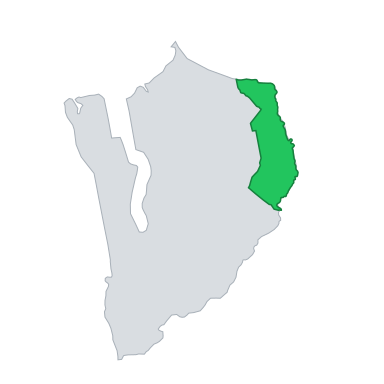 Saint-Louis highlighted on a map of Senegal, rotated 79°
{"feature_id": "SEN-5517", "entity_name": "Saint-Louis", "entity_type": "Region", "adm_level": 1, "iso_a3": "SEN", "parent_name": "Senegal", "parent_adm1": "", "projection": "albers", "projection_center": [-15.156, 16.165], "detail": "fine", "context": "in_parent", "style": "filled", "palette": "green", "viewbox_px": 384, "rotation_deg": 79, "n_neighbors": 0, "source": "natural_earth", "source_scale": "10m", "svg_char_len": 5904}
<svg xmlns="http://www.w3.org/2000/svg" viewBox="0 0 384 384"><g transform="rotate(79 192 192)"><path d="M297.0,176.5L301.7,184.5L300.8,188.4L299.8,194.1L302.4,198.2L305.5,200.8L307.7,203.3L310.2,206.6L310.7,213.4L310.3,218.3L311.9,220.5L313.3,223.3L313.1,225.6L312.2,227.7L309.3,230.4L308.9,235.5L313.8,241.6L316.9,244.9L316.9,246.8L317.8,248.9L320.1,251.3L321.5,250.7L322.9,248.7L323.6,247.3L327.7,247.8L329.7,248.4L332.4,252.4L333.4,255.0L334.1,258.4L336.9,262.5L339.3,265.4L339.9,267.3L342.1,269.7L340.8,275.3L341.0,278.1L339.7,285.6L339.5,289.1L339.6,290.4L342.9,293.0L342.6,296.7L339.3,296.1L333.5,295.8L322.0,297.9L318.0,297.2L310.4,297.6L305.1,298.7L298.2,301.3L292.9,300.8L290.0,298.9L286.2,299.0L281.9,298.1L277.4,296.3L273.2,295.4L268.7,292.0L266.6,291.4L265.1,292.3L263.9,293.5L262.6,294.2L260.2,293.6L259.2,291.3L260.0,289.0L260.2,287.3L259.0,286.4L256.3,286.1L251.9,286.2L244.8,285.5L243.1,285.1L227.2,284.6L210.7,284.7L196.7,284.7L179.0,284.7L166.6,284.6L155.0,284.6L146.1,289.2L136.4,294.1L123.3,296.7L108.3,295.7L103.5,296.3L98.6,298.5L94.9,300.1L89.7,301.0L83.0,300.2L80.3,300.6L78.7,298.4L76.8,294.7L78.0,292.0L82.1,290.3L88.2,288.1L91.4,289.3L93.3,289.4L93.7,287.9L93.1,287.2L88.5,285.2L86.1,282.6L84.1,284.1L82.4,287.2L80.9,288.2L78.8,289.0L77.7,286.9L77.2,284.8L78.1,283.2L77.7,274.1L78.3,269.2L78.1,265.0L81.0,262.2L83.7,260.5L94.4,260.4L104.4,260.3L114.0,260.4L123.7,260.6L124.7,252.1L127.8,251.4L132.4,250.6L141.0,249.6L150.6,248.6L152.7,246.9L154.3,244.1L155.3,241.6L157.2,240.5L159.9,241.4L163.4,242.7L167.1,244.7L171.3,246.6L174.1,247.8L180.8,250.8L192.2,254.9L201.6,256.5L213.0,253.4L221.2,251.4L222.2,247.8L220.9,244.2L214.8,241.0L206.5,241.4L203.9,242.3L200.0,243.4L197.7,243.8L193.8,243.1L188.8,240.3L185.7,237.5L181.3,236.2L176.1,234.8L167.8,229.0L163.4,228.0L159.3,227.7L151.5,228.8L143.8,231.9L139.7,239.0L132.0,238.9L115.6,238.6L100.5,238.3L88.1,238.7L86.9,233.6L84.0,229.5L79.2,225.9L78.2,222.7L79.9,219.9L84.5,217.6L85.5,215.9L83.1,216.1L79.5,217.6L77.0,217.7L76.8,213.2L72.8,207.4L68.3,197.5L63.2,193.5L59.0,185.5L54.5,182.4L50.4,180.9L46.8,181.2L45.5,184.8L41.1,179.5L47.2,177.7L60.1,171.3L75.1,152.7L88.4,130.7L90.2,125.4L91.8,121.5L93.0,112.4L94.9,107.0L96.7,106.0L98.9,101.9L101.7,94.7L104.7,90.6L108.2,89.9L110.8,90.2L112.7,91.7L118.2,92.7L127.5,93.1L134.6,92.0L139.6,89.5L146.2,88.2L154.4,88.2L158.7,87.1L159.1,85.1L160.2,84.4L161.9,85.3L163.5,84.9L165.0,83.4L166.5,83.3L168.0,84.6L174.8,85.0L187.0,84.5L198.3,88.2L208.7,96.3L214.1,101.7L214.4,104.4L216.2,107.1L219.3,109.9L222.1,110.4L224.7,108.6L226.7,108.8L228.2,110.9L231.1,111.3L234.4,110.0L236.8,110.4L237.2,111.7L237.7,112.3L239.3,112.6L241.5,114.2L244.5,118.5L247.0,124.5L249.0,132.2L251.5,136.4L254.7,137.0L256.5,138.6L256.8,140.4L257.8,141.7L259.3,142.3L261.9,141.9L265.0,144.5L268.4,150.1L268.9,152.7L268.4,154.0L268.6,155.0L270.8,156.0L272.9,157.8L274.7,160.6L278.4,163.0L284.1,165.1L288.2,168.3L290.7,172.6L295.9,176.1L297.0,176.5Z" fill="#d9dde1" stroke="#a8b0b8" stroke-width="1"/><path d="M167.0,83.8L167.4,84.5L167.9,85.1L168.8,85.3L170.2,84.9L178.5,85.5L179.0,85.4L180.7,85.0L181.1,85.0L181.6,85.1L182.9,85.7L183.4,85.8L184.0,85.8L186.0,85.2L186.5,85.2L188.5,85.6L189.0,85.6L189.5,85.6L190.0,85.4L190.5,85.2L191.7,84.4L192.2,84.3L193.2,84.2L196.2,85.4L196.6,85.7L196.8,86.0L196.8,86.6L196.5,87.5L196.6,87.9L197.1,88.1L198.9,88.0L199.4,88.2L199.5,88.6L199.6,89.5L199.9,89.9L200.4,90.1L201.5,90.2L202.1,90.3L202.5,90.5L203.3,91.6L203.6,91.9L204.8,92.7L206.4,94.6L209.3,97.2L210.9,98.1L211.3,98.4L212.1,99.5L212.5,99.7L213.5,100.1L213.9,100.3L214.2,100.7L214.3,101.0L214.0,101.8L213.9,102.2L214.0,102.6L214.5,103.2L214.7,103.6L214.7,104.1L214.4,105.0L214.6,105.8L215.5,106.2L217.4,106.8L217.8,107.0L218.5,107.6L218.8,107.9L219.1,108.3L219.5,109.7L219.7,110.2L220.0,110.6L220.4,111.0L220.9,111.3L221.3,111.4L221.7,111.3L222.0,111.2L222.8,110.7L223.6,110.1L223.9,109.7L224.8,108.5L225.2,108.1L225.6,107.9L226.0,107.7L226.4,107.7L226.9,107.8L226.8,108.4L226.5,109.3L226.3,109.9L226.5,110.5L224.5,114.7L219.6,116.8L218.9,118.6L213.5,123.5L205.8,130.0L198.6,135.7L196.7,134.2L193.0,132.4L188.9,130.2L186.8,127.3L184.3,123.7L178.9,119.8L176.3,120.0L172.4,117.9L171.6,117.7L143.9,117.6L143.6,121.0L135.9,121.5L135.4,121.1L125.5,109.7L124.5,108.7L123.9,108.3L123.6,108.7L123.4,108.9L122.6,109.5L121.7,109.9L121.5,110.1L121.3,110.3L121.1,110.8L120.6,111.6L120.3,112.0L120.0,112.3L110.8,117.4L110.5,117.6L108.9,119.0L108.5,119.3L108.4,119.5L108.3,119.8L108.1,120.3L108.0,120.5L107.8,120.7L105.7,121.8L105.2,122.2L104.9,122.8L104.2,124.5L104.0,124.8L103.7,125.2L103.0,125.3L102.2,125.4L101.4,125.5L100.7,125.7L99.7,126.5L98.8,126.8L97.8,127.0L90.0,127.1L89.9,127.1L89.9,126.9L91.0,125.0L91.5,122.3L91.6,116.8L91.9,116.2L92.6,114.0L93.4,112.0L93.7,108.6L94.0,107.6L94.7,106.9L96.5,106.5L97.3,106.0L97.6,105.5L97.8,104.9L99.8,96.4L100.1,94.4L100.5,93.5L101.1,92.5L102.0,91.7L103.1,91.0L104.2,90.8L105.8,91.1L106.3,91.2L106.8,91.1L107.3,90.9L108.8,89.8L109.3,89.6L109.9,89.5L110.5,89.6L110.9,89.9L111.3,90.3L111.9,91.1L112.7,92.0L113.7,92.5L114.8,92.6L115.9,92.5L116.3,92.2L116.6,92.0L117.0,92.0L117.4,92.1L118.0,92.3L118.3,92.4L118.6,92.3L120.6,91.4L121.2,91.4L122.9,91.8L123.3,91.8L124.5,91.6L125.3,91.6L127.5,92.3L129.0,92.4L129.5,92.6L130.6,93.1L131.3,93.3L132.1,93.3L132.8,93.0L133.5,92.6L134.5,91.6L135.1,91.3L135.8,91.1L137.9,91.6L138.6,91.5L139.2,91.2L139.7,90.8L140.8,89.1L141.4,88.6L142.1,88.2L142.9,88.3L143.3,88.7L143.6,89.2L143.9,89.7L144.5,89.9L145.2,89.9L145.9,89.7L148.0,88.9L148.7,88.7L150.3,88.7L152.5,89.0L153.3,89.0L158.5,88.2L159.5,87.8L159.8,87.6L160.0,87.3L160.1,86.9L159.9,86.6L159.1,85.8L158.8,85.2L158.9,84.5L159.3,84.0L160.0,83.8L160.7,84.0L161.2,84.5L161.5,85.1L162.0,85.6L162.4,85.7L162.8,85.7L163.1,85.5L163.4,85.3L163.6,85.0L163.7,84.7L163.9,84.0L164.2,83.5L164.7,83.2L165.8,82.7L166.3,83.0L167.0,83.7L167.0,83.8Z" fill="#22c55e" stroke="#15803d" stroke-width="1.5"/></g></svg>